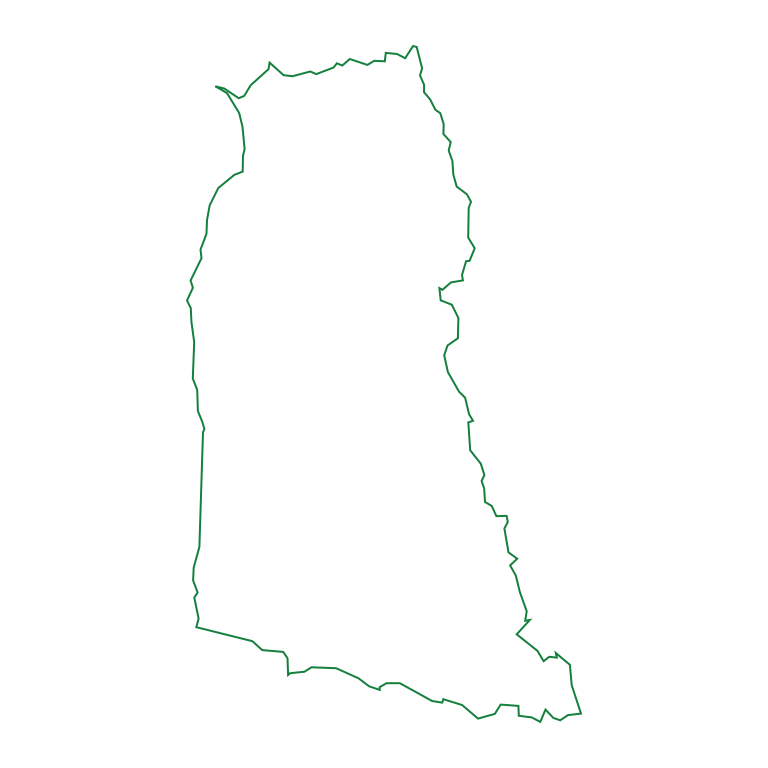 outline of Sabana Grande, Puerto Rico
{"feature_id": "32010507B75385712317101", "entity_name": "Sabana Grande", "entity_type": "district", "adm_level": 2, "iso_a3": "PRI", "parent_name": "Puerto Rico", "parent_adm1": "", "projection": "equal_earth", "projection_center": [-66.935, 18.087], "detail": "fine", "context": "isolated", "style": "outline", "palette": "green", "viewbox_px": 768, "rotation_deg": 0, "n_neighbors": 0, "source": "geoboundaries", "source_scale": "gbopen_adm2", "svg_char_len": 1944}
<svg xmlns="http://www.w3.org/2000/svg" viewBox="0 0 768 768"><path d="M416.7,47.0L413.0,46.1L405.2,58.2L397.0,54.0L385.8,52.9L384.8,61.3L374.3,60.8L367.4,64.9L349.8,59.0L342.3,65.5L336.9,63.3L333.6,67.5L316.3,74.1L310.2,71.5L292.6,76.2L283.6,75.2L269.6,62.6L268.5,69.2L250.7,85.2L244.2,95.9L238.7,98.2L224.3,88.5L215.2,86.3L220.1,89.0L227.1,93.2L239.2,113.1L242.5,126.7L244.6,149.1L243.0,155.7L242.7,171.6L234.4,174.8L218.3,188.0L209.7,205.3L207.0,220.1L206.5,233.7L200.5,249.6L201.5,258.2L190.6,280.5L192.9,287.8L187.0,300.5L190.8,308.1L191.4,321.6L194.2,342.3L192.8,378.5L197.2,389.9L197.9,411.0L202.5,422.4L204.4,429.1L203.0,432.2L199.4,546.9L193.7,567.6L193.1,580.4L197.6,592.5L194.3,597.6L198.6,618.7L196.3,627.2L252.4,641.2L262.2,650.1L283.2,651.9L287.5,658.2L288.1,675.0L290.2,673.2L304.5,671.7L311.4,667.3L336.1,668.2L358.5,678.3L369.1,686.3L379.8,689.9L379.6,687.2L386.5,683.2L399.8,683.2L432.1,701.0L442.2,702.6L443.3,699.2L462.1,705.0L478.0,718.6L494.8,713.9L500.7,704.6L518.4,705.9L518.8,715.8L531.7,717.4L540.3,721.9L545.5,709.6L553.3,717.9L560.2,720.3L568.0,715.1L581.0,713.6L571.7,685.2L569.9,664.8L555.8,653.0L556.8,657.6L549.3,656.8L543.6,661.2L537.5,650.9L516.7,634.3L529.8,620.0L525.2,620.8L526.7,611.2L519.9,592.2L515.8,575.5L510.1,565.4L517.2,558.7L508.5,552.4L504.4,528.5L507.8,521.9L506.6,515.9L496.4,516.1L491.7,505.9L485.0,502.0L484.2,488.5L481.6,481.0L484.4,475.0L480.8,463.7L470.2,450.3L468.3,422.4L473.0,420.8L469.1,414.2L465.1,397.7L459.0,391.6L447.9,372.1L444.2,355.3L447.5,345.5L457.9,338.2L458.4,318.0L451.8,304.7L442.7,301.1L440.7,300.4L439.4,288.1L442.4,289.8L451.0,282.4L462.9,280.4L462.0,275.0L466.1,261.2L469.6,260.8L474.7,248.2L468.2,237.6L468.7,208.0L471.0,201.8L466.9,194.3L456.7,186.6L453.3,174.4L452.4,161.0L448.7,150.5L450.7,142.1L443.4,133.9L443.7,124.1L440.3,113.2L435.4,109.8L430.2,99.5L424.0,92.1L424.1,84.8L420.0,75.4L422.1,68.4L416.7,47.0Z" fill="none" stroke="#15803d" stroke-width="2"/></svg>